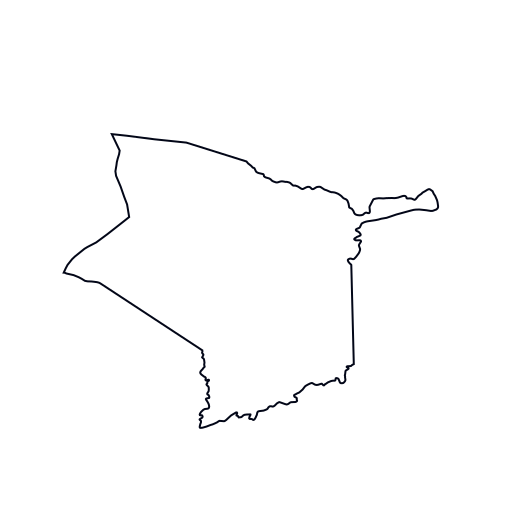 outline of Santiago de Puringla, La Paz, Honduras, rotated 254°
{"feature_id": "27666195B8735504948943", "entity_name": "Santiago de Puringla", "entity_type": "district", "adm_level": 2, "iso_a3": "HND", "parent_name": "Honduras", "parent_adm1": "La Paz", "projection": "equal_earth", "projection_center": [-87.91, 14.348], "detail": "fine", "context": "isolated", "style": "outline", "palette": "ink", "viewbox_px": 512, "rotation_deg": 254, "n_neighbors": 0, "source": "geoboundaries", "source_scale": "gbopen_adm2", "svg_char_len": 6140}
<svg xmlns="http://www.w3.org/2000/svg" viewBox="0 0 512 512"><g transform="rotate(254 256 256)"><path d="M293.0,66.6L292.7,67.4L291.4,69.0L287.9,75.4L286.0,77.8L284.5,79.7L282.2,82.1L279.3,84.7L278.1,87.0L276.9,90.7L276.0,92.9L274.7,95.9L273.7,97.6L272.6,98.8L180.1,178.4L178.8,178.1L178.1,177.6L177.8,177.5L177.2,177.6L176.0,178.2L175.6,178.2L174.8,177.7L173.8,176.6L173.4,176.3L172.7,176.6L171.7,177.4L170.6,177.5L167.8,177.1L165.7,176.2L163.7,176.1L162.8,174.5L161.8,173.3L161.4,172.5L160.5,171.1L159.8,170.5L159.1,170.2L158.3,170.3L157.3,170.7L154.3,172.9L153.8,173.6L153.1,174.0L152.4,174.1L151.0,173.3L150.4,173.4L150.1,173.8L150.2,176.1L150.0,176.5L149.7,176.6L149.2,176.4L148.8,175.1L148.5,174.7L148.0,174.4L147.1,174.1L146.8,173.7L146.5,173.2L146.2,173.0L145.5,173.1L143.6,174.2L142.6,174.3L140.9,173.9L139.3,173.3L138.9,173.0L137.6,171.5L136.9,171.1L136.3,171.2L135.3,172.1L134.9,172.2L133.8,172.3L132.9,172.1L132.5,171.8L132.7,169.4L132.6,168.7L132.3,168.4L131.7,168.4L129.5,169.1L127.4,169.6L125.8,169.7L124.2,169.5L123.2,169.0L122.8,168.5L122.6,168.1L122.6,167.1L123.0,164.7L122.9,163.9L122.7,163.0L121.3,160.3L119.9,158.7L119.1,158.2L118.5,158.2L118.2,158.6L117.8,160.1L117.1,160.4L116.3,160.4L115.8,160.1L115.4,159.6L114.8,157.3L114.5,156.8L114.0,156.8L112.7,157.6L112.4,157.6L111.0,157.1L109.9,156.2L107.8,155.0L107.0,154.7L106.4,154.8L106.2,155.1L106.0,155.5L105.7,157.4L105.7,161.4L106.1,165.8L106.1,167.9L106.4,170.2L106.8,172.7L107.4,174.4L107.6,175.3L107.3,176.3L106.2,179.2L106.0,179.8L106.0,180.4L106.6,182.2L107.8,184.5L109.6,188.1L111.1,193.6L111.1,193.9L110.8,194.5L110.2,194.6L109.5,194.2L108.6,193.4L108.1,193.3L107.9,193.5L107.0,194.6L106.1,194.7L105.6,194.9L105.3,196.5L105.2,197.4L105.4,198.1L106.3,199.9L106.5,201.2L106.2,203.3L105.3,206.9L105.2,207.0L104.8,206.9L103.2,205.4L102.1,204.8L101.7,204.7L101.0,205.2L100.8,206.1L100.4,207.0L99.9,207.6L99.3,208.0L99.1,208.5L99.2,209.0L99.5,209.7L101.0,211.3L101.7,211.8L102.9,212.9L105.3,214.2L105.9,215.0L106.0,216.2L105.3,220.7L105.5,223.2L105.7,224.3L105.9,224.9L107.1,226.2L107.5,227.1L107.7,227.8L107.6,228.3L107.4,229.1L106.7,230.4L106.6,231.4L107.0,232.7L108.6,235.6L109.1,237.6L109.1,238.2L108.8,238.7L105.6,243.2L104.8,244.6L104.8,245.3L104.9,246.2L105.1,246.9L105.6,247.9L105.8,249.1L105.7,249.9L104.8,253.6L104.9,254.6L105.2,255.3L105.6,255.6L106.8,255.6L108.1,256.0L108.7,255.7L110.0,254.3L111.1,254.1L111.5,254.2L111.8,254.4L112.0,255.0L112.1,255.8L112.6,257.8L112.8,259.4L113.0,260.2L114.8,264.0L116.8,266.7L117.4,267.7L118.0,270.0L118.5,272.7L118.6,274.1L118.3,275.1L116.2,277.1L115.7,277.9L115.3,278.8L115.1,280.2L115.2,283.1L115.1,284.0L114.7,284.3L113.2,285.1L112.9,285.6L113.0,286.0L113.8,287.2L113.8,287.7L114.7,290.3L114.9,291.9L115.1,293.6L115.0,295.1L114.8,296.2L114.5,297.2L114.5,297.6L114.6,297.9L115.2,298.3L116.4,298.9L116.5,299.2L116.5,299.6L116.0,300.6L115.3,301.3L114.4,301.5L111.5,301.8L110.8,302.1L110.4,302.5L110.0,303.6L109.9,304.9L110.4,306.0L111.2,307.1L112.0,307.7L112.8,307.9L115.1,308.2L115.8,308.5L116.8,308.5L117.8,309.1L120.7,310.3L121.2,310.9L121.8,313.2L122.2,313.9L122.7,314.0L123.1,313.8L124.1,312.7L124.4,312.6L124.6,312.7L124.8,313.1L124.8,313.6L124.2,316.1L124.1,317.0L124.8,318.5L125.1,320.2L221.0,345.1L221.4,345.1L223.2,344.0L225.1,343.2L225.9,343.1L226.5,343.1L227.0,343.3L227.3,343.7L227.5,344.5L227.6,345.2L227.5,345.9L227.3,346.6L226.5,347.8L226.2,348.5L226.1,349.2L226.4,349.9L227.7,352.1L230.3,355.5L231.4,356.5L232.8,357.5L234.0,358.0L237.1,357.8L238.0,357.9L238.8,358.5L240.9,360.9L241.2,361.0L241.6,361.0L242.1,360.8L242.5,360.2L243.4,356.7L243.6,356.2L244.5,355.3L244.9,355.1L245.2,355.1L245.5,355.4L245.8,355.9L246.1,357.2L246.5,358.1L246.7,360.2L247.0,362.0L247.3,362.3L247.7,362.5L248.6,362.4L250.1,361.8L251.1,361.1L252.2,359.8L253.0,359.2L253.6,359.2L254.0,359.5L254.3,360.4L254.6,363.0L254.8,363.5L255.3,364.1L256.2,364.8L258.1,366.6L258.6,369.1L258.7,371.0L258.6,372.8L257.5,381.0L257.3,383.7L257.3,386.6L256.7,392.1L257.2,402.4L257.0,417.3L256.9,420.2L256.5,422.6L255.6,426.0L253.1,432.2L251.1,436.5L250.7,438.3L251.0,442.2L251.7,443.6L252.6,444.4L253.8,444.8L257.5,445.3L259.7,445.4L264.3,444.8L266.8,444.0L269.6,443.6L271.9,441.8L272.4,441.2L272.6,440.6L272.5,439.2L271.7,436.4L271.0,433.5L270.2,432.2L269.5,430.1L268.9,428.5L266.8,425.5L266.4,424.7L266.3,424.0L266.7,423.3L268.3,421.4L268.6,420.8L269.0,419.6L269.5,417.5L269.7,417.0L270.1,416.7L271.0,416.8L272.0,416.4L272.5,416.0L272.9,415.2L273.1,414.4L273.2,413.3L273.0,408.6L273.2,406.5L273.5,404.9L274.3,402.6L275.7,397.2L276.2,394.4L277.7,390.0L278.1,387.5L278.2,385.2L278.1,384.5L277.7,384.0L272.3,378.9L271.4,378.5L268.6,378.0L267.6,377.8L266.6,377.3L266.2,376.8L266.1,376.5L266.2,376.0L266.5,375.2L267.2,374.2L267.4,373.2L267.2,372.3L266.2,370.1L266.2,368.5L266.6,366.6L267.4,364.7L268.2,363.5L269.1,362.7L270.1,362.3L272.6,362.0L274.6,361.3L275.2,360.9L276.1,359.8L277.0,359.0L280.8,359.4L283.6,359.2L284.8,358.8L285.8,358.0L286.9,356.6L287.8,355.8L290.2,354.5L292.0,353.1L293.3,351.9L294.4,350.5L295.3,349.2L296.1,347.5L296.6,346.0L297.4,344.8L299.8,341.9L301.0,340.1L304.4,337.2L304.9,336.5L305.3,335.1L305.5,333.7L305.4,332.8L304.6,329.9L304.6,329.3L304.7,328.8L304.9,328.4L305.2,328.0L306.5,327.4L307.5,326.6L307.9,325.9L308.2,324.9L308.2,323.9L308.1,322.9L307.5,320.0L307.5,319.3L307.7,318.8L308.1,318.2L311.4,315.3L312.9,313.1L313.2,311.8L313.7,310.9L316.8,309.0L317.6,308.1L318.3,306.9L318.7,306.2L319.2,304.6L320.2,302.6L320.7,301.3L320.9,299.8L320.8,297.5L320.9,296.5L321.2,295.6L322.1,294.3L322.9,293.2L324.0,292.1L325.5,291.3L326.7,290.3L327.6,289.0L328.7,287.2L329.6,286.2L330.4,285.7L332.0,285.8L332.6,285.6L333.0,285.0L334.7,281.9L335.5,280.7L336.3,279.9L336.8,279.5L337.7,279.2L340.7,278.7L341.3,278.2L341.7,277.5L342.0,277.2L344.0,276.2L347.2,273.9L349.5,272.9L384.2,220.3L396.2,190.5L407.2,165.0L412.9,151.0L394.9,154.0L391.5,152.4L387.7,149.9L384.6,148.1L381.6,146.8L376.2,144.2L371.6,143.6L360.1,145.0L349.3,145.6L341.1,146.3L328.4,144.8L325.6,138.0L318.0,119.3L313.1,106.2L311.1,96.4L310.2,93.1L305.4,81.7L303.6,78.3L299.4,72.4L296.6,69.7L293.0,66.6Z" fill="none" stroke="#020617" stroke-width="2"/></g></svg>